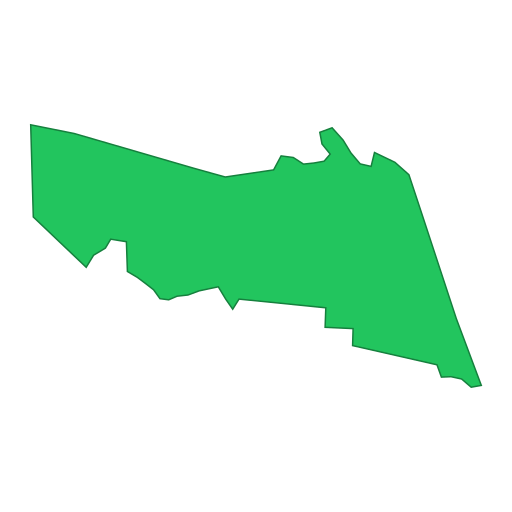 the district of Pinheiro Preto, Santa Catarina, Brazil
{"feature_id": "56859067B21273209353903", "entity_name": "Pinheiro Preto", "entity_type": "district", "adm_level": 2, "iso_a3": "BRA", "parent_name": "Brazil", "parent_adm1": "Santa Catarina", "projection": "equal_earth", "projection_center": [-51.235, -27.055], "detail": "fine", "context": "isolated", "style": "filled", "palette": "green", "viewbox_px": 512, "rotation_deg": 0, "n_neighbors": 0, "source": "geoboundaries", "source_scale": "gbopen_adm2", "svg_char_len": 786}
<svg xmlns="http://www.w3.org/2000/svg" viewBox="0 0 512 512"><path d="M86.2,267.3L93.6,255.2L105.4,248.1L110.7,239.2L126.4,241.7L127.4,271.5L137.4,277.4L145.9,283.8L153.6,289.8L160.0,298.7L168.7,299.8L177.1,296.2L188.0,295.0L199.0,290.9L207.4,289.1L218.3,286.8L225.7,299.1L232.7,309.2L239.0,299.1L325.8,307.8L325.1,327.3L353.1,328.6L352.6,345.6L437.0,364.8L441.4,377.1L451.0,376.7L461.6,379.0L471.2,387.2L481.3,385.4L456.3,318.6L421.9,214.0L408.9,174.7L394.9,162.3L374.5,152.5L371.1,166.4L360.2,163.9L350.9,152.9L343.1,140.1L332.1,127.8L319.8,132.3L322.0,144.0L330.2,154.1L324.1,161.2L314.0,163.0L303.5,164.1L293.3,157.5L281.1,155.9L273.6,169.9L225.3,177.0L212.6,173.5L194.0,168.3L74.2,133.5L30.7,124.8L33.3,217.0L86.2,267.3Z" fill="#22c55e" stroke="#15803d" stroke-width="1.5"/></svg>